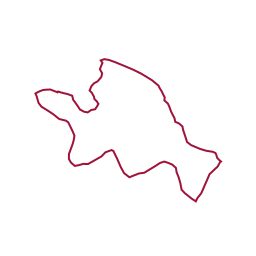 the district of Goygol District, Xanlar, Azerbaijan, rotated 293°
{"feature_id": "54616110B13615645655589", "entity_name": "Goygol District", "entity_type": "district", "adm_level": 2, "iso_a3": "AZE", "parent_name": "Azerbaijan", "parent_adm1": "Xanlar", "projection": "equal_earth", "projection_center": [46.326, 40.553], "detail": "fine", "context": "isolated", "style": "outline", "palette": "rose", "viewbox_px": 256, "rotation_deg": 293, "n_neighbors": 0, "source": "geoboundaries", "source_scale": "gbopen_adm2", "svg_char_len": 1732}
<svg xmlns="http://www.w3.org/2000/svg" viewBox="0 0 256 256"><g transform="rotate(293 128 128)"><path d="M135.9,64.0L135.8,62.2L135.6,58.9L134.9,55.0L134.5,52.2L134.3,49.4L133.3,49.2L133.1,41.5L131.4,37.9L129.8,35.0L127.4,32.4L124.4,29.9L123.6,29.3L121.4,31.6L116.1,35.9L113.8,40.0L112.7,47.2L111.5,53.7L109.4,61.1L109.7,63.0L110.5,67.9L109.9,70.7L106.4,74.8L102.7,79.0L100.0,81.7L95.5,82.8L91.6,83.3L85.8,83.6L81.0,83.8L76.4,85.7L73.9,89.0L72.3,93.8L74.6,97.3L77.5,100.8L79.1,105.2L91.5,114.7L96.8,116.7L101.2,121.4L101.2,123.4L95.4,130.1L89.0,136.8L84.9,142.1L83.2,148.5L90.4,155.8L93.1,160.4L103.1,167.6L108.4,171.2L111.3,174.6L111.6,178.6L111.6,183.1L110.0,187.7L106.3,190.0L102.6,193.7L98.0,197.5L92.1,201.5L90.2,205.8L87.9,214.0L87.0,219.1L87.4,219.1L90.8,219.3L96.4,220.9L100.1,221.0L106.1,221.0L111.4,221.1L112.3,221.1L117.4,221.1L119.4,222.0L121.0,222.7L124.7,224.3L125.8,224.8L127.6,225.6L132.5,226.1L133.5,226.7L134.3,224.1L135.4,221.7L138.0,219.6L139.2,218.2L139.2,215.2L137.6,208.8L136.9,202.3L136.9,197.3L136.9,192.7L138.2,187.8L140.8,185.6L145.6,181.4L148.0,179.3L150.7,177.5L152.1,173.2L152.2,169.0L155.3,166.9L157.2,164.5L159.8,161.4L162.9,158.5L163.9,157.6L166.1,155.1L167.6,150.7L170.6,149.8L172.8,147.0L174.7,145.0L176.2,142.8L178.1,140.3L178.9,139.6L181.3,131.6L182.3,125.1L183.2,118.7L183.7,109.9L183.7,101.1L183.6,93.6L183.6,90.8L183.2,83.8L182.1,79.3L179.6,76.5L177.9,79.1L175.4,79.0L171.1,79.2L168.3,82.8L164.6,83.5L159.1,81.8L155.8,79.2L152.3,78.0L147.5,78.0L146.3,80.9L143.4,84.6L141.6,85.7L140.2,89.2L139.8,89.6L138.6,91.4L136.5,91.1L135.5,91.0L132.4,90.4L130.2,87.1L126.6,84.8L125.8,81.1L126.3,76.4L128.2,73.7L130.9,69.3L132.5,66.6L135.9,64.0Z" fill="none" stroke="#9f1239" stroke-width="2"/></g></svg>